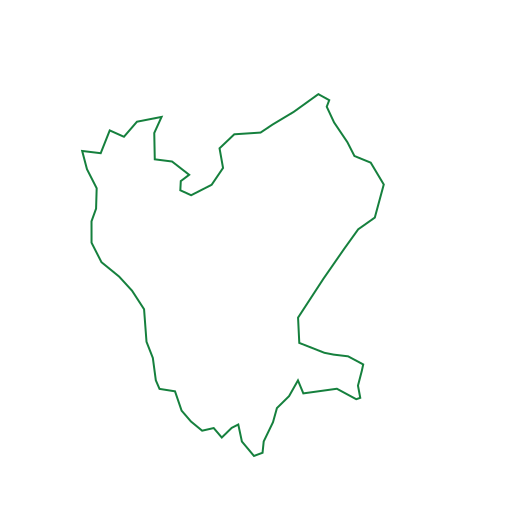 Miliou, Paphos, Cyprus (Mercator projection), rotated 153°
{"feature_id": "46923920B61429363291480", "entity_name": "Miliou", "entity_type": "district", "adm_level": 2, "iso_a3": "CYP", "parent_name": "Cyprus", "parent_adm1": "Paphos", "projection": "mercator", "projection_center": [32.461, 34.939], "detail": "fine", "context": "isolated", "style": "outline", "palette": "green", "viewbox_px": 512, "rotation_deg": 153, "n_neighbors": 0, "source": "geoboundaries", "source_scale": "gbopen_adm2", "svg_char_len": 1059}
<svg xmlns="http://www.w3.org/2000/svg" viewBox="0 0 512 512"><g transform="rotate(153 256 256)"><path d="M209.7,110.7L219.5,124.8L231.6,132.9L239.0,138.7L256.9,158.9L246.5,182.0L206.3,205.1L174.1,222.4L152.8,233.4L132.7,236.3L109.7,261.7L111.4,287.1L122.9,300.4L122.9,315.9L125.8,339.6L125.2,356.9L120.0,361.6L127.0,371.9L156.9,367.3L181.6,365.6L195.9,363.9L220.1,374.3L239.6,368.5L245.4,349.4L263.2,339.6L286.2,339.6L293.6,348.9L289.0,356.9L278.7,358.7L287.9,378.3L302.3,388.1L290.8,411.8L277.0,422.8L301.1,429.7L319.5,422.2L320.6,423.5L329.3,434.3L347.7,418.1L363.2,428.5L367.2,410.1L367.2,388.7L377.0,370.8L386.8,361.6L396.5,342.5L396.5,320.6L387.3,299.8L382.2,281.3L379.9,259.4L392.5,229.3L394.2,212.0L401.7,190.7L402.3,181.4L389.6,172.2L392.5,152.0L389.1,138.1L383.3,124.8L371.8,121.9L368.9,109.8L355.7,113.9L348.3,113.9L352.8,97.1L348.6,78.8L339.5,77.7L333.3,87.3L316.3,100.2L306.4,111.0L290.2,116.1L275.1,126.1L276.2,112.1L244.2,101.0L231.7,82.9L227.5,82.3L224.0,94.2L213.8,105.7L209.7,110.7Z" fill="none" stroke="#15803d" stroke-width="2"/></g></svg>